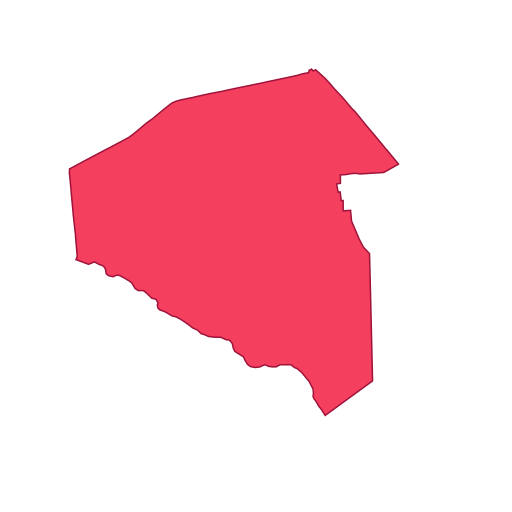 outline of Mixtla, Puebla, Mexico, rotated 337°
{"feature_id": "50627088B3391472602874", "entity_name": "Mixtla", "entity_type": "district", "adm_level": 2, "iso_a3": "MEX", "parent_name": "Mexico", "parent_adm1": "Puebla", "projection": "natural_earth1", "projection_center": [-97.892, 18.904], "detail": "fine", "context": "isolated", "style": "filled", "palette": "rose", "viewbox_px": 512, "rotation_deg": 337, "n_neighbors": 0, "source": "geoboundaries", "source_scale": "gbopen_adm2", "svg_char_len": 2435}
<svg xmlns="http://www.w3.org/2000/svg" viewBox="0 0 512 512"><g transform="rotate(337 256 256)"><path d="M423.1,227.1L420.9,219.7L418.0,209.9L417.2,207.7L415.7,202.3L413.4,194.7L410.5,185.3L410.3,184.8L408.3,178.2L403.7,162.2L402.4,159.1L402.0,158.2L397.8,144.5L397.4,143.2L393.7,133.4L391.5,126.4L390.1,122.4L388.9,119.2L383.7,107.9L381.0,108.0L380.1,105.6L378.9,105.9L377.7,105.7L376.0,107.8L370.2,106.5L364.2,105.8L357.3,104.5L356.6,104.3L355.7,104.2L348.7,102.8L340.0,101.1L339.5,101.0L333.4,99.8L329.9,99.2L326.5,98.5L323.6,97.9L322.8,97.8L321.5,97.5L318.0,96.8L310.1,95.2L307.2,94.6L306.7,94.5L303.3,93.8L299.0,93.0L295.4,92.3L291.2,91.5L290.7,91.5L287.6,90.8L279.3,89.0L275.1,88.1L274.8,88.1L271.6,87.5L266.9,86.6L262.0,85.7L260.9,85.5L260.0,85.4L259.4,85.3L257.6,84.9L255.3,84.4L252.9,84.0L248.8,83.1L244.6,82.5L241.4,82.2L237.6,82.5L229.1,84.8L213.4,89.5L212.5,89.6L207.6,90.7L193.9,94.9L191.9,95.5L185.5,97.1L181.5,97.5L175.9,98.0L175.5,98.1L174.6,98.1L169.1,98.6L161.6,99.2L161.1,99.2L155.2,99.7L136.6,101.3L118.3,103.0L117.3,105.4L116.3,107.4L116.2,108.2L111.4,123.4L111.2,123.8L104.2,145.7L104.0,146.2L97.8,166.9L97.5,167.5L91.3,186.5L88.9,189.0L98.6,198.2L104.9,198.3L108.7,202.9L110.0,203.9L111.6,205.7L111.9,207.1L112.3,209.0L111.2,213.9L112.6,216.5L116.5,219.3L118.7,219.1L121.2,219.5L122.7,220.6L125.5,224.0L129.8,229.8L131.2,232.4L132.0,238.7L134.1,241.8L138.9,243.9L140.8,247.5L143.6,254.2L147.0,256.7L147.5,261.0L145.9,262.7L145.4,265.9L146.4,268.0L150.7,272.1L155.2,278.2L158.7,280.9L162.0,284.9L167.0,292.7L169.4,297.2L173.4,301.6L174.2,303.8L175.2,306.1L178.0,308.4L180.8,311.5L185.3,314.1L192.0,317.2L195.9,321.5L198.0,322.5L199.0,324.0L200.0,327.3L199.1,331.8L199.2,335.4L201.2,338.4L205.1,344.0L205.1,347.2L205.8,352.4L207.7,355.6L211.6,358.3L216.0,359.6L220.1,359.5L221.9,359.7L224.6,362.6L227.7,364.4L231.3,365.9L235.6,365.5L238.1,366.5L241.7,368.1L245.6,369.7L247.8,373.7L249.7,375.5L252.5,380.9L255.9,392.3L256.5,400.8L255.1,405.1L253.7,407.4L253.5,409.8L254.2,412.2L254.7,415.2L255.1,419.0L256.0,421.9L257.4,429.8L314.5,416.5L347.3,333.9L361.4,298.2L358.3,289.7L357.6,280.8L357.6,261.2L360.9,250.9L353.9,248.5L357.9,239.0L356.1,238.4L358.5,229.9L356.6,229.4L358.3,221.1L362.1,222.1L365.4,214.3L368.9,215.6L370.8,216.2L376.1,217.5L380.0,218.8L383.6,221.0L387.4,222.4L394.9,225.0L401.5,227.4L406.2,229.0L406.5,229.0L422.6,227.2L423.1,227.1Z" fill="#f43f5e" stroke="#9f1239" stroke-width="1.5"/></g></svg>